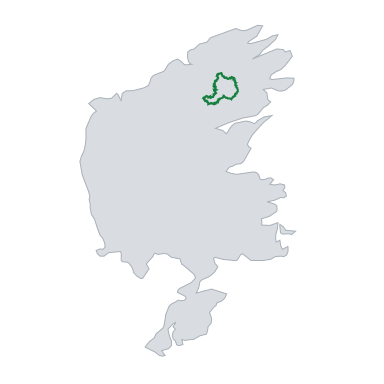 location of Kanturk Lea-4, Cork, Ireland, rotated 176°
{"feature_id": "5873133B26556088806881", "entity_name": "Kanturk Lea-4", "entity_type": "district", "adm_level": 2, "iso_a3": "IRL", "parent_name": "Ireland", "parent_adm1": "Cork", "projection": "orthographic", "projection_center": [-8.958, 52.204], "detail": "fine", "context": "in_parent", "style": "outline", "palette": "green", "viewbox_px": 384, "rotation_deg": 176, "n_neighbors": 0, "source": "geoboundaries", "source_scale": "gbopen_adm2", "svg_char_len": 8495}
<svg xmlns="http://www.w3.org/2000/svg" viewBox="0 0 384 384"><g transform="rotate(176 192 192)"><path d="M237.8,52.9L230.4,58.4L229.3,60.4L227.3,68.6L227.1,70.9L222.6,80.1L219.9,82.0L216.0,83.5L213.7,85.0L210.8,84.3L207.2,84.5L205.4,86.1L205.5,87.4L206.6,88.8L213.4,92.8L213.1,94.6L211.2,96.6L199.2,101.6L195.7,104.6L194.4,106.6L195.8,109.8L205.5,119.4L207.2,120.5L208.7,126.1L217.3,128.4L220.9,131.8L223.9,132.6L230.5,132.2L233.1,133.5L234.6,132.4L235.4,130.5L242.6,123.4L240.2,118.3L247.3,109.3L249.4,109.4L252.9,112.0L255.8,115.6L256.9,120.6L259.7,125.1L261.5,126.6L266.3,127.3L267.4,129.0L266.8,135.6L267.6,137.7L279.6,137.2L284.3,134.1L288.5,134.5L290.7,137.3L291.7,140.3L288.1,141.6L284.4,141.1L282.6,143.1L282.6,146.9L284.1,151.8L286.7,155.2L289.0,162.9L291.1,171.6L293.9,176.7L294.7,183.2L294.4,186.4L295.1,192.2L294.1,194.2L295.1,199.6L300.3,216.8L301.7,230.4L299.7,235.6L296.9,240.5L295.2,246.3L294.0,252.6L293.4,262.6L287.4,274.5L284.7,277.5L281.6,279.4L288.9,287.4L283.3,291.2L277.1,292.6L270.1,290.8L265.8,291.1L260.4,295.6L259.2,294.8L256.4,288.2L254.7,295.2L250.7,297.5L243.9,297.2L232.5,299.3L228.1,301.3L226.3,304.5L225.1,308.1L223.3,310.2L221.3,311.4L212.5,314.1L210.7,315.2L206.7,321.0L201.4,324.4L196.9,325.5L192.9,322.2L191.3,320.2L189.4,319.2L183.3,319.4L185.2,320.4L186.5,322.8L187.1,327.3L186.5,331.8L183.5,334.0L179.9,334.5L174.2,339.1L166.7,340.4L162.7,344.7L137.7,351.8L136.3,351.9L132.9,350.1L129.2,349.2L125.4,349.8L114.9,353.7L109.9,352.8L116.5,342.9L125.1,338.0L126.1,336.6L123.2,335.9L106.8,339.2L101.0,342.1L95.3,342.9L98.0,338.4L105.5,332.3L111.9,328.2L114.6,324.6L122.4,320.5L97.4,328.8L90.9,327.7L89.4,325.2L84.3,326.3L82.4,320.4L90.1,311.8L94.6,308.1L99.8,306.1L104.8,303.3L106.7,299.7L104.4,298.6L89.4,299.2L82.3,298.4L82.7,295.5L84.1,292.4L91.6,287.2L95.6,286.4L99.2,286.9L105.5,290.2L113.9,289.3L110.4,285.8L109.9,278.8L107.2,276.5L110.7,273.3L114.6,271.4L121.2,264.7L123.5,263.7L136.4,262.2L150.3,258.7L164.0,253.9L157.0,251.2L153.6,247.6L148.2,254.8L144.3,257.6L133.2,259.0L129.8,258.2L124.9,255.9L123.3,256.7L121.9,258.4L114.6,261.9L106.9,262.7L115.9,256.3L127.3,245.4L129.8,241.9L133.4,235.9L132.3,233.1L130.0,231.6L138.2,219.2L141.1,216.9L146.3,216.6L150.1,214.6L151.8,214.6L153.3,213.9L156.6,210.1L151.5,207.8L146.2,206.5L129.8,207.7L127.6,207.4L125.6,206.3L124.3,204.6L123.3,200.4L122.1,199.4L118.4,199.4L114.8,200.6L112.2,200.5L109.8,198.6L113.8,194.3L108.7,193.2L103.5,194.0L99.2,192.6L99.1,189.9L101.1,187.2L98.6,184.6L98.1,181.4L100.8,179.8L103.8,180.4L109.9,178.1L117.7,177.0L111.1,174.5L108.4,172.5L108.3,169.3L108.9,166.7L116.6,162.3L124.8,160.4L124.3,157.4L124.9,154.2L116.6,153.2L108.4,155.4L109.4,149.3L111.4,143.7L111.8,140.1L111.5,136.2L107.7,137.8L107.3,132.3L105.8,128.5L100.1,131.0L100.3,126.1L102.0,122.6L104.9,121.1L107.8,121.8L113.2,121.8L118.5,119.3L126.0,118.7L137.9,119.6L146.1,127.0L148.2,125.7L151.5,121.0L153.1,120.5L165.4,122.5L173.2,125.2L175.2,124.3L174.1,119.2L171.4,115.6L174.7,110.9L178.7,107.7L181.4,106.1L187.6,104.0L190.3,102.1L192.0,96.1L194.8,91.0L179.3,93.8L164.5,87.9L166.8,83.7L169.9,81.3L175.3,79.4L175.8,77.2L178.5,75.4L182.9,70.5L181.2,64.3L182.1,59.7L185.3,56.7L186.2,52.4L187.6,49.2L194.1,48.0L200.3,45.0L209.9,44.5L212.4,45.6L211.7,40.4L216.2,39.7L218.0,40.7L218.9,44.4L221.0,46.7L221.7,50.7L220.4,53.9L218.1,56.4L220.3,58.8L217.1,63.3L220.6,61.4L225.5,56.9L225.2,53.3L224.2,48.8L222.8,44.8L223.3,40.3L226.1,37.4L233.4,35.8L230.3,30.8L233.0,30.3L235.9,31.3L240.3,35.1L249.6,40.5L245.3,45.5L239.9,49.1L237.8,52.9ZM106.8,151.2L106.6,153.6L103.0,150.6L101.3,147.3L91.4,145.7L95.6,142.5L97.6,143.5L104.6,143.7L106.5,145.1L106.8,151.2Z" fill="#d9dde1" stroke="#a8b0b8" stroke-width="1"/><path d="M158.6,307.6L158.7,307.3L158.7,307.1L158.9,306.6L158.6,306.7L158.4,305.9L158.5,304.8L157.9,304.1L158.4,303.1L158.5,303.2L158.9,302.9L158.8,302.7L158.9,302.4L159.2,302.2L159.2,301.9L159.3,302.1L159.5,302.0L159.8,302.0L159.8,301.7L160.0,300.9L160.7,301.0L160.9,301.1L161.3,301.2L161.6,300.4L161.6,299.9L161.6,299.3L161.6,298.8L161.8,298.7L162.1,298.7L162.3,298.6L162.2,298.5L162.3,298.4L162.3,298.1L162.3,297.9L162.1,297.7L162.6,297.4L162.9,297.2L162.8,296.7L162.6,296.7L162.4,296.6L162.6,296.4L162.5,295.9L162.4,295.7L163.0,295.6L162.9,295.4L162.7,295.3L162.2,295.5L161.8,295.4L161.7,295.4L161.6,295.1L161.3,295.2L161.2,295.7L161.0,295.3L160.9,295.1L161.0,294.9L161.3,294.8L161.3,294.3L161.3,294.1L161.5,294.0L161.2,293.3L161.9,293.1L161.7,292.8L161.2,292.8L161.0,292.4L160.6,292.2L161.1,292.0L161.3,292.1L161.6,292.0L161.9,292.2L162.6,292.4L163.0,292.5L162.9,292.2L163.0,291.8L162.9,291.6L162.7,291.2L162.4,291.0L162.4,290.6L162.3,290.4L161.7,290.2L161.8,289.8L161.7,289.8L161.6,289.7L161.2,289.1L161.9,289.0L162.0,288.2L162.4,288.1L162.7,287.9L162.8,287.9L163.0,288.2L163.3,288.1L163.2,288.0L163.3,287.8L163.4,287.7L163.6,287.7L163.5,287.3L163.5,287.0L163.4,286.8L163.4,286.7L163.6,286.6L163.9,286.4L164.1,286.1L164.1,285.8L164.3,285.3L164.9,285.3L165.1,285.6L165.9,285.3L166.6,284.6L167.1,284.5L167.4,285.4L167.5,285.8L167.4,286.1L167.6,286.0L168.1,285.6L168.4,285.8L168.5,285.7L168.8,285.6L168.8,285.4L169.1,285.2L169.1,285.3L169.3,285.5L169.4,285.8L169.8,286.2L170.0,286.2L170.6,286.8L171.2,286.5L171.2,286.3L171.4,286.1L171.9,286.3L172.1,286.0L172.3,285.6L172.7,285.3L172.7,285.1L173.0,285.1L173.2,285.3L173.3,285.5L173.6,285.5L174.1,285.1L174.3,284.8L174.1,284.7L173.8,284.1L173.5,283.8L173.4,283.5L172.9,283.1L172.9,282.9L173.1,282.6L172.9,282.3L172.6,282.3L172.6,282.2L172.1,282.2L172.1,281.8L172.1,281.7L171.7,281.7L171.4,281.4L171.2,281.6L171.1,281.3L170.6,281.4L170.6,281.2L170.2,281.1L170.2,280.8L170.1,280.4L169.9,280.4L169.6,279.7L169.7,279.3L169.6,279.1L169.6,278.9L169.7,278.6L169.7,278.4L168.7,278.9L168.3,278.9L168.0,279.1L167.8,278.9L167.5,279.2L167.1,279.5L166.8,279.4L166.5,279.5L165.9,279.1L165.8,278.8L165.3,278.9L165.2,278.8L165.1,278.5L164.2,278.1L164.1,278.3L163.8,278.9L163.8,279.3L163.6,279.4L163.2,278.7L163.2,278.1L162.0,278.5L161.8,279.0L161.8,279.5L161.6,279.5L161.4,279.6L160.9,279.4L160.7,279.6L160.7,280.1L160.6,280.5L159.9,280.9L159.8,281.3L159.5,281.2L159.4,280.9L159.3,281.2L159.0,281.6L159.1,282.1L158.7,282.2L158.8,282.3L159.0,282.7L158.3,282.8L157.7,283.3L157.1,283.3L155.0,283.8L154.9,284.0L153.8,284.5L153.8,284.8L153.8,285.1L154.1,285.5L154.4,286.0L154.3,285.9L154.2,286.0L153.8,286.0L153.4,285.8L153.3,285.4L152.8,284.7L152.4,284.4L152.2,284.3L152.0,284.2L152.0,283.9L151.4,283.5L150.8,283.6L150.5,283.4L150.1,283.4L149.8,283.1L149.5,282.7L149.3,282.8L148.2,282.7L147.9,282.7L147.4,282.6L147.0,282.2L146.3,281.8L146.2,281.7L146.1,281.9L146.1,282.4L146.0,282.6L145.5,282.8L145.2,283.0L145.0,283.6L144.9,283.7L144.2,283.8L144.3,284.2L144.2,284.4L143.3,284.7L142.7,284.7L142.5,284.8L142.3,285.0L142.2,285.0L142.2,285.4L142.1,285.5L142.4,286.2L142.2,286.7L142.1,286.9L141.7,286.8L140.5,287.1L140.4,287.4L140.6,288.1L140.5,288.3L139.2,289.1L139.4,289.5L139.2,290.7L139.2,291.0L139.4,291.5L139.6,291.9L139.6,292.1L139.7,292.3L139.6,292.5L139.8,292.6L140.0,292.7L140.3,293.1L140.3,293.5L140.5,293.7L140.5,293.8L140.4,293.9L140.5,294.1L140.5,294.3L140.4,294.5L140.5,294.5L140.4,294.7L140.5,294.7L140.5,294.8L140.6,295.0L140.7,295.3L141.3,295.6L141.2,295.8L141.1,296.2L141.2,296.3L141.3,296.5L141.2,296.8L141.2,297.1L141.1,297.3L140.9,297.5L141.1,297.5L140.9,297.6L141.0,297.7L140.9,297.8L141.0,297.9L140.9,298.0L141.1,298.3L141.0,298.5L141.2,298.8L141.3,298.9L141.3,299.0L141.3,299.3L141.6,299.4L141.5,299.6L141.5,299.8L141.4,299.9L141.5,300.0L141.5,300.3L141.7,300.5L141.8,300.4L141.9,300.8L142.0,301.0L142.3,301.1L142.2,301.2L142.4,301.2L142.4,301.5L142.5,301.5L142.4,301.6L142.3,301.8L142.3,302.0L142.5,302.2L142.5,302.3L142.5,302.5L142.8,302.8L142.6,303.0L143.0,303.1L143.1,303.3L143.4,303.5L143.5,303.5L143.4,303.4L143.5,303.2L143.7,303.4L143.9,303.3L143.9,303.5L144.0,303.5L144.0,303.4L144.3,303.2L144.3,303.3L144.5,303.2L144.6,303.3L144.7,303.5L144.9,303.2L145.3,303.3L145.7,303.1L146.0,303.2L146.1,302.9L146.2,303.0L146.4,302.9L146.6,303.1L146.8,302.8L147.4,302.6L147.6,302.3L148.2,302.2L148.4,302.4L148.8,302.5L149.0,302.7L149.2,303.0L149.3,303.2L149.5,303.5L149.6,303.4L150.2,303.3L150.3,303.4L150.6,303.5L150.8,303.6L150.7,303.7L151.0,303.7L151.4,303.5L151.7,303.7L152.0,304.0L151.7,304.2L151.6,304.4L151.9,305.1L152.3,305.3L152.9,305.3L153.3,305.6L153.5,305.6L153.9,306.3L153.9,307.5L154.1,308.1L154.4,308.6L155.0,308.3L155.5,308.5L156.1,308.0L157.2,308.0L157.1,307.6L157.8,307.2L157.9,307.9L158.6,307.6Z" fill="none" stroke="#15803d" stroke-width="2"/></g></svg>